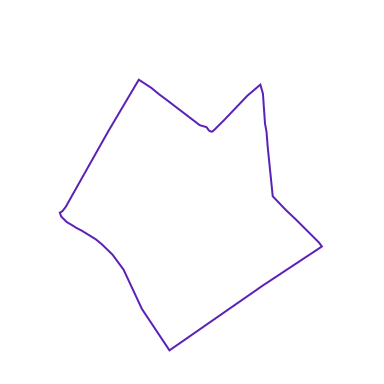 outline of Tamahú, Alta Verapaz, Guatemala, rotated 53°
{"feature_id": "79465075B44639416757608", "entity_name": "Tamahú", "entity_type": "district", "adm_level": 2, "iso_a3": "GTM", "parent_name": "Guatemala", "parent_adm1": "Alta Verapaz", "projection": "mercator", "projection_center": [-90.254, 15.309], "detail": "fine", "context": "isolated", "style": "outline", "palette": "violet", "viewbox_px": 384, "rotation_deg": 53, "n_neighbors": 0, "source": "geoboundaries", "source_scale": "gbopen_adm2", "svg_char_len": 671}
<svg xmlns="http://www.w3.org/2000/svg" viewBox="0 0 384 384"><g transform="rotate(53 192 192)"><path d="M148.9,141.4L143.3,145.6L100.1,157.7L94.1,159.5L84.4,161.8L70.3,166.9L93.1,222.3L117.5,278.1L127.9,301.8L129.3,307.0L129.0,310.0L132.8,311.2L140.4,310.2L147.2,307.4L151.3,305.9L156.1,303.5L171.9,297.3L179.3,295.5L194.2,293.2L212.9,293.4L255.3,302.4L304.9,305.3L309.3,191.7L313.7,121.1L308.8,121.0L276.3,125.6L262.8,127.9L244.0,130.1L201.7,104.5L189.0,96.4L181.1,92.4L169.4,84.8L156.2,76.2L147.4,72.8L148.4,89.8L153.9,123.1L155.3,133.4L155.9,137.5L155.8,139.9L153.8,141.3L152.4,141.5L151.2,141.4L148.9,141.4Z" fill="none" stroke="#5b21b6" stroke-width="2"/></g></svg>